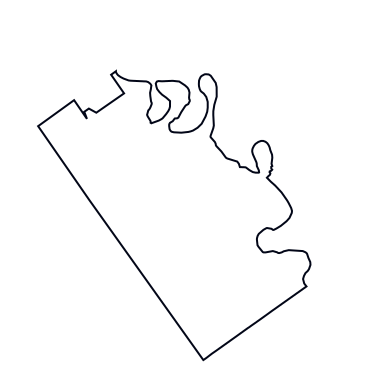 the district of Chicot, Arkansas, United States of America, rotated 324°
{"feature_id": "52423323B43837481936937", "entity_name": "Chicot", "entity_type": "district", "adm_level": 2, "iso_a3": "USA", "parent_name": "United States of America", "parent_adm1": "Arkansas", "projection": "albers", "projection_center": [-91.16, 33.284], "detail": "fine", "context": "isolated", "style": "outline", "palette": "ink", "viewbox_px": 384, "rotation_deg": 324, "n_neighbors": 0, "source": "geoboundaries", "source_scale": "gbopen_adm2", "svg_char_len": 2911}
<svg xmlns="http://www.w3.org/2000/svg" viewBox="0 0 384 384"><g transform="rotate(324 192 192)"><path d="M186.5,335.2L229.1,335.7L229.0,332.0L230.7,327.7L233.3,325.7L236.1,324.3L239.3,323.9L241.4,323.1L245.0,320.6L246.5,318.2L247.4,313.9L248.7,309.8L248.8,309.1L248.4,307.5L246.9,304.9L236.1,295.9L231.4,293.9L229.1,293.6L226.7,292.7L225.9,292.0L225.4,290.8L222.7,287.3L216.2,284.2L214.4,282.9L214.0,282.3L213.9,281.5L213.6,275.6L213.7,273.6L216.5,268.7L217.4,267.6L219.3,266.1L221.5,265.1L227.6,264.6L231.0,265.0L231.6,265.3L234.7,268.5L235.2,270.2L235.8,270.7L238.9,271.2L243.9,271.6L251.4,271.2L255.6,270.3L260.4,267.6L261.8,266.1L262.8,263.3L263.1,261.5L263.7,257.8L264.0,254.8L264.2,245.0L263.1,235.9L261.8,229.9L261.0,224.5L263.5,224.0L264.8,224.0L266.2,223.2L266.4,222.9L266.4,221.5L267.0,221.0L268.6,221.4L270.0,221.1L269.9,219.7L270.9,218.2L272.2,218.2L272.9,216.0L277.1,211.5L278.7,208.9L279.9,204.3L281.0,201.6L281.5,199.3L281.6,196.8L281.0,194.6L279.7,192.6L277.9,191.3L275.1,190.5L271.6,190.4L269.2,191.1L266.7,192.4L265.5,193.4L264.4,194.8L263.4,197.3L261.6,205.7L261.1,207.0L259.7,209.2L258.8,213.8L257.8,215.6L257.4,215.6L254.8,213.7L252.9,211.6L251.3,208.0L250.1,204.0L249.6,203.3L245.4,200.0L246.5,196.8L246.5,194.0L240.2,185.6L239.6,184.1L239.6,176.5L238.7,169.2L238.8,168.2L239.5,166.9L239.9,165.1L239.3,158.7L239.5,158.1L240.2,157.4L246.6,153.0L248.7,151.1L254.5,142.2L256.8,139.1L261.3,134.6L268.0,129.4L273.6,121.6L275.3,117.7L275.5,109.2L275.4,108.7L274.6,106.7L272.5,104.9L271.3,104.2L268.3,103.8L266.9,103.9L265.2,104.7L263.2,106.0L261.0,108.7L259.8,110.6L258.8,113.2L258.4,115.2L258.5,116.2L259.4,119.3L259.4,123.5L257.7,128.3L254.3,133.0L251.5,136.0L247.3,138.9L239.9,142.5L234.3,143.3L229.0,142.9L226.6,142.2L224.4,141.3L218.3,137.8L212.5,133.1L211.1,131.5L210.7,130.6L210.6,129.3L210.8,128.0L212.3,125.2L213.4,123.8L214.8,123.1L218.0,123.4L221.2,122.4L223.4,123.7L224.7,123.8L230.2,121.1L237.0,118.5L238.2,118.3L240.6,118.7L243.7,117.1L244.3,116.1L244.3,115.4L245.1,113.9L248.4,110.1L249.5,107.3L249.7,104.9L249.0,101.6L246.6,95.1L241.7,90.7L232.8,84.8L231.6,83.8L230.0,82.5L228.5,82.0L226.5,82.9L225.1,85.9L224.3,88.3L224.4,92.0L225.0,95.7L226.6,100.5L227.7,105.5L224.3,110.1L222.4,111.6L220.1,112.7L216.8,113.8L211.6,115.1L210.2,115.1L207.1,114.7L199.5,112.5L199.2,111.6L199.9,110.8L200.2,109.9L200.6,104.8L201.0,103.2L204.6,100.3L205.9,100.1L207.9,99.2L210.9,97.3L211.7,96.4L212.1,94.7L214.7,89.8L216.4,87.1L219.1,84.7L220.7,83.0L221.8,81.9L221.9,79.9L221.2,77.4L220.0,75.7L207.9,66.0L206.3,64.5L203.3,60.0L201.8,57.0L200.8,54.0L200.7,51.7L201.1,50.0L201.4,49.6L195.5,49.6L195.0,72.3L161.2,71.6L157.6,63.9L152.0,63.8L150.0,71.1L150.6,48.4L106.2,48.3L104.2,138.0L102.4,334.6L105.4,334.7L113.0,334.5L117.4,334.6L138.7,334.8L157.2,334.9L158.6,335.0L160.1,335.0L160.6,335.0L161.7,335.0L166.2,335.1L178.1,335.2L186.5,335.2Z" fill="none" stroke="#020617" stroke-width="2"/></g></svg>